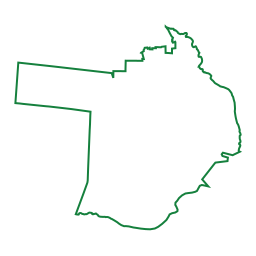 Jiménez, Coahuila, Mexico
{"feature_id": "50627088B62617687912347", "entity_name": "Jiménez", "entity_type": "district", "adm_level": 2, "iso_a3": "MEX", "parent_name": "Mexico", "parent_adm1": "Coahuila", "projection": "orthographic", "projection_center": [-100.845, 29.005], "detail": "fine", "context": "isolated", "style": "outline", "palette": "green", "viewbox_px": 256, "rotation_deg": 0, "n_neighbors": 0, "source": "geoboundaries", "source_scale": "gbopen_adm2", "svg_char_len": 5344}
<svg xmlns="http://www.w3.org/2000/svg" viewBox="0 0 256 256"><path d="M208.3,186.4L202.2,179.4L205.0,175.8L214.4,163.8L215.4,162.6L227.5,161.1L227.9,157.6L222.5,156.0L221.7,154.3L222.9,152.7L232.7,155.2L233.8,154.6L239.9,151.7L239.0,151.2L238.8,150.9L238.7,150.5L238.8,149.9L238.9,149.5L239.0,148.9L239.5,147.5L239.6,147.3L239.6,147.2L239.8,147.0L240.0,146.7L240.1,146.4L240.2,145.9L240.3,145.6L240.2,145.4L240.2,145.0L240.0,144.6L239.8,144.3L239.7,144.2L239.5,144.3L239.3,144.3L239.2,144.2L239.1,143.8L239.1,143.6L239.2,143.3L239.4,143.1L239.5,142.8L239.9,142.6L240.2,142.4L240.3,142.3L240.4,141.9L240.5,141.4L240.4,140.9L240.3,140.3L240.0,139.7L239.8,139.0L239.7,138.1L239.7,136.2L239.8,135.8L239.8,135.7L240.5,135.0L240.6,134.9L240.6,134.4L240.4,133.7L240.2,133.0L240.0,132.7L239.5,131.7L239.5,131.3L239.6,130.8L239.7,130.2L239.7,129.9L239.2,128.1L238.9,126.9L238.3,125.1L237.8,124.1L237.2,123.3L236.5,120.7L235.9,118.2L235.5,116.1L235.0,112.9L234.9,112.2L234.8,111.4L235.0,108.8L234.9,106.5L234.6,102.6L233.7,99.4L233.1,96.9L232.1,95.3L231.9,94.4L231.6,93.3L230.8,92.1L229.8,90.8L229.1,89.9L228.1,89.1L225.9,88.1L223.5,87.1L223.4,87.1L222.3,86.9L220.5,86.4L220.3,86.4L220.2,86.3L218.9,85.4L217.4,84.5L215.3,83.3L214.7,82.8L214.3,82.3L213.4,81.2L213.0,80.8L212.0,80.0L211.5,79.4L211.0,79.0L210.7,78.5L210.6,78.3L210.6,78.0L210.7,77.6L210.8,77.2L211.0,76.9L211.2,76.3L211.3,75.9L211.2,75.7L210.5,74.9L210.1,74.5L209.4,73.9L208.2,73.3L207.6,73.2L206.9,73.1L206.3,72.9L206.1,72.9L205.2,72.4L204.5,72.1L204.4,72.1L204.1,72.4L203.6,72.0L203.2,71.7L202.8,71.3L202.8,71.2L202.8,69.8L202.7,69.5L202.6,69.3L202.4,69.2L202.2,69.1L201.9,69.0L201.7,69.1L201.4,69.2L201.2,69.1L200.8,68.9L200.6,68.9L200.4,68.7L199.8,68.2L199.7,68.0L199.6,67.7L199.5,67.3L199.3,67.1L199.1,66.9L198.8,66.7L198.7,66.7L198.9,66.2L199.1,65.8L200.6,64.1L201.4,63.0L201.9,62.1L202.0,61.6L202.1,61.0L202.1,60.2L202.0,59.6L201.9,58.9L201.6,58.2L201.1,57.1L200.9,56.9L200.6,56.8L199.7,56.7L199.1,56.9L198.9,56.8L198.7,56.7L198.5,56.1L198.5,55.6L198.5,55.0L198.9,54.0L199.0,53.6L199.2,53.3L199.4,52.8L199.4,52.7L198.9,52.3L198.7,52.0L198.6,51.9L198.4,51.3L198.0,50.3L197.8,50.0L197.5,49.7L197.1,49.5L197.0,49.4L196.9,49.3L196.9,49.1L197.0,48.9L196.6,48.0L196.4,47.4L196.1,46.8L195.8,46.4L195.7,46.3L195.4,46.4L195.2,46.5L193.8,47.2L193.7,47.2L193.2,47.0L192.9,46.8L192.6,46.4L192.4,46.1L192.2,45.5L192.1,45.1L192.0,44.6L192.0,44.1L192.1,43.7L192.4,43.1L192.7,42.4L192.9,41.7L192.9,41.2L192.7,40.5L192.3,40.0L191.8,39.4L191.3,38.8L190.7,38.3L189.9,37.8L189.2,37.5L188.6,37.2L188.0,37.1L187.4,36.9L186.9,36.9L186.3,37.0L186.0,37.0L185.9,36.9L185.8,36.7L185.8,36.2L185.8,35.9L186.1,35.6L186.4,35.3L186.7,34.7L186.8,34.3L186.9,34.1L186.9,33.8L186.8,33.5L186.6,33.2L186.4,33.0L186.0,33.0L185.5,33.0L185.2,33.0L184.7,33.2L184.1,33.6L183.6,33.9L183.2,34.0L182.7,34.0L181.6,33.9L181.1,33.9L180.7,34.1L180.3,34.1L179.9,34.0L179.4,33.8L178.1,33.0L178.0,32.9L177.8,32.6L177.7,32.3L177.5,31.9L177.2,31.6L176.8,31.4L176.5,31.2L176.0,30.7L175.8,30.5L175.5,30.2L175.4,30.2L175.0,30.2L174.7,30.3L174.1,30.1L173.9,29.8L173.9,29.5L173.8,29.2L173.6,29.0L173.4,28.8L173.2,28.8L172.9,28.7L172.5,28.8L172.2,28.8L171.8,28.8L171.3,28.6L171.2,28.6L170.9,28.8L169.6,28.4L167.1,27.5L166.4,27.2L165.8,26.8L165.7,26.7L165.7,26.8L166.1,27.1L166.7,27.5L166.8,28.2L168.0,29.5L169.9,33.3L171.6,36.4L173.0,37.7L172.4,39.3L172.1,39.4L172.1,41.0L172.5,40.9L172.5,41.6L172.4,41.9L172.5,41.8L172.8,42.6L173.7,42.5L174.0,42.3L175.1,41.7L175.4,42.2L175.4,48.2L172.0,48.6L172.0,53.3L168.3,53.0L165.6,52.9L165.5,46.3L161.6,46.8L161.0,47.3L158.5,47.2L157.4,47.1L155.6,47.1L155.8,48.2L152.3,48.2L152.4,49.4L149.7,49.3L149.7,47.6L149.4,47.6L148.9,48.2L147.7,48.8L147.5,48.6L147.4,48.1L147.2,47.5L144.7,47.8L144.4,48.7L144.2,49.2L144.0,49.6L143.6,50.1L143.7,50.5L143.6,50.9L143.7,51.2L141.7,52.4L141.9,52.5L142.0,52.6L141.9,52.7L142.1,52.7L143.8,59.0L142.3,58.9L142.4,60.8L125.7,60.7L125.5,69.1L125.5,71.2L113.4,71.1L113.3,77.9L111.7,73.1L98.4,71.6L66.1,67.9L52.1,66.3L18.3,62.6L15.4,103.1L19.9,103.5L23.1,103.9L45.5,106.2L49.1,106.5L60.5,107.8L71.7,109.1L90.5,111.7L90.3,115.4L90.0,124.5L89.7,129.8L89.5,134.6L88.6,156.6L88.2,166.5L87.7,180.5L87.4,182.6L84.8,189.8L83.8,192.6L79.4,204.5L75.8,214.2L76.6,214.4L78.3,214.6L78.7,214.5L79.2,213.4L79.6,213.2L80.1,213.0L80.8,213.1L81.4,213.3L82.2,213.9L83.5,214.1L84.1,214.4L84.9,214.3L85.4,214.2L85.8,214.1L86.3,214.2L86.9,214.0L87.3,213.8L87.8,213.5L88.3,213.1L89.1,212.7L89.7,212.6L90.3,212.7L91.5,212.9L92.0,213.2L91.9,213.4L92.0,213.7L92.1,213.9L92.4,214.1L92.8,214.2L93.0,214.3L93.3,214.2L93.6,214.0L94.1,214.0L94.9,213.8L95.5,213.6L95.9,213.5L96.5,214.1L97.1,214.4L97.5,214.6L97.7,214.8L98.3,215.8L98.5,216.0L99.0,216.3L100.3,216.7L101.7,216.8L103.3,216.9L103.6,216.9L104.9,216.8L105.5,217.1L107.0,217.0L108.0,217.1L109.7,217.8L111.0,218.7L111.9,219.0L114.3,220.4L117.2,222.2L119.1,223.7L121.3,225.1L124.1,226.2L125.6,226.1L128.8,226.4L133.5,227.5L135.7,227.8L140.8,228.6L145.7,229.1L150.1,229.3L154.9,228.5L158.2,226.8L162.1,223.9L166.4,220.0L168.4,216.8L169.1,215.5L169.6,214.4L172.1,213.2L175.3,212.5L177.4,211.2L177.6,209.7L176.3,206.6L175.3,204.9L175.5,202.6L177.2,200.8L179.0,198.1L182.0,195.4L185.4,193.5L188.0,193.1L192.1,192.6L195.2,191.8L197.0,190.9L198.5,188.1L199.8,185.8L201.8,185.0L204.4,185.5L208.3,186.4Z" fill="none" stroke="#15803d" stroke-width="2"/></svg>